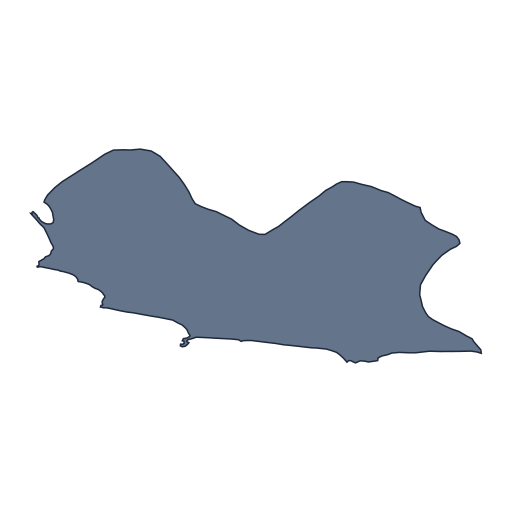 Harper, Maryland, Liberia (orthographic projection)
{"feature_id": "62588387B65193305891299", "entity_name": "Harper", "entity_type": "district", "adm_level": 2, "iso_a3": "LBR", "parent_name": "Liberia", "parent_adm1": "Maryland", "projection": "orthographic", "projection_center": [-7.714, 4.427], "detail": "fine", "context": "isolated", "style": "filled", "palette": "slate", "viewbox_px": 512, "rotation_deg": 0, "n_neighbors": 0, "source": "geoboundaries", "source_scale": "gbopen_adm2", "svg_char_len": 3492}
<svg xmlns="http://www.w3.org/2000/svg" viewBox="0 0 512 512"><path d="M32.0,212.4L32.1,213.5L30.7,213.4L32.1,215.0L34.9,218.0L37.3,220.7L40.4,224.3L43.9,227.6L47.0,233.8L49.1,238.3L50.8,242.3L53.3,246.7L53.3,249.0L51.4,250.9L50.6,253.8L49.1,255.5L45.4,256.9L44.6,257.9L44.2,258.5L43.4,259.2L42.4,259.4L41.5,260.2L41.0,260.4L40.4,260.7L39.8,261.0L38.9,261.5L38.9,263.0L39.0,264.1L39.0,265.0L38.5,265.5L38.0,265.8L37.1,266.2L37.1,266.9L37.9,267.2L38.7,266.9L39.4,266.8L40.4,266.8L41.8,266.8L43.5,267.3L49.4,268.4L54.7,269.6L57.7,270.0L60.6,271.2L63.0,271.5L68.0,272.9L69.4,273.2L70.4,273.8L72.4,274.4L74.7,275.8L76.1,277.0L77.2,278.6L77.9,279.6L77.9,280.5L77.9,281.1L78.5,281.6L80.2,281.8L83.5,282.5L85.4,283.1L87.8,283.9L89.7,284.8L90.6,285.4L92.3,286.8L93.7,287.5L94.7,288.2L97.0,289.0L98.8,289.8L100.8,291.3L102.7,293.0L103.3,294.2L104.7,295.8L104.7,297.4L103.3,299.1L102.9,300.4L102.4,300.9L102.1,302.0L102.3,303.3L102.7,304.1L102.7,304.9L101.9,305.2L101.0,305.4L100.4,307.0L103.5,307.8L106.3,307.8L110.0,308.5L120.4,310.8L126.8,312.0L128.0,312.2L133.4,312.8L141.8,314.4L152.5,316.3L157.0,317.0L159.9,317.5L172.8,320.1L177.2,322.6L182.2,325.0L185.7,328.2L186.9,329.6L188.5,333.2L190.0,335.5L189.9,336.1L188.9,337.0L186.6,338.1L183.4,338.6L182.3,340.8L183.9,341.1L184.2,343.2L182.7,344.3L180.6,344.1L180.3,345.8L182.2,346.8L185.3,346.2L187.5,344.4L188.9,342.7L186.9,341.6L186.9,340.5L188.1,339.7L191.9,338.7L194.8,337.7L196.3,337.2L198.3,337.3L203.1,337.5L209.5,337.8L213.8,338.1L231.0,339.0L234.3,339.3L238.4,339.7L240.6,341.0L241.2,341.4L243.1,340.7L247.0,340.5L251.4,340.5L257.9,341.3L265.9,342.3L275.4,343.4L283.7,344.8L286.3,345.0L288.4,345.2L298.5,346.3L311.4,347.8L313.3,347.9L316.4,348.0L326.6,349.1L331.8,350.7L336.4,352.3L339.6,354.6L343.4,358.1L347.0,362.2L348.6,360.6L350.9,360.7L353.0,361.8L354.9,362.6L355.5,362.9L360.3,360.8L365.0,361.2L368.4,362.0L373.9,361.2L377.7,360.6L378.1,357.9L379.5,357.2L382.1,355.9L387.2,354.8L392.1,353.0L399.5,352.4L409.1,352.8L412.8,352.8L415.5,352.8L429.4,351.2L440.3,351.5L458.2,351.4L470.9,351.1L476.6,351.9L481.3,353.3L480.8,349.8L473.8,341.7L472.1,338.8L466.6,336.0L459.0,331.5L451.4,328.9L443.8,325.5L432.8,319.7L428.3,316.5L426.8,314.4L425.3,312.1L422.5,306.5L421.2,300.7L419.7,294.8L419.9,291.8L420.5,284.8L425.7,275.4L433.0,264.7L435.1,262.3L441.7,255.4L450.3,249.3L456.4,246.4L459.9,243.4L459.1,240.0L456.6,236.5L452.1,234.1L444.9,231.2L439.0,229.1L431.8,224.8L427.9,222.2L425.2,220.3L421.1,212.3L420.1,207.5L415.4,206.2L407.0,202.3L401.3,199.5L394.3,195.7L392.7,194.9L388.3,192.6L381.2,190.6L371.5,186.6L361.5,184.3L353.7,182.1L347.2,181.7L341.7,181.7L336.4,184.1L332.2,186.9L327.4,189.5L325.6,190.5L319.3,195.8L314.4,199.2L309.3,202.7L298.5,210.8L290.8,217.0L285.0,221.4L278.5,226.5L272.9,229.6L267.8,232.7L265.0,234.4L260.1,234.3L259.1,234.3L248.6,230.3L238.8,224.7L237.9,223.9L231.6,219.1L224.5,215.7L216.2,211.6L208.3,209.3L204.1,207.7L201.7,206.8L195.2,203.7L192.1,198.8L189.0,192.1L184.5,184.7L179.0,177.1L173.0,170.5L168.3,165.2L160.1,156.3L151.2,151.0L140.3,149.1L130.2,150.0L129.6,150.0L123.5,149.8L116.9,150.0L113.4,150.1L104.8,154.2L90.8,163.6L80.0,170.3L62.3,181.6L54.7,187.7L47.6,195.0L45.6,198.3L44.8,199.7L44.0,202.1L47.5,204.5L49.7,207.1L50.9,209.2L52.5,212.5L52.9,215.4L53.1,216.3L53.7,219.5L53.3,222.1L53.0,222.7L50.8,223.9L47.6,224.0L45.2,223.5L41.7,221.6L40.7,220.6L39.4,219.2L39.0,218.0L38.0,217.7L36.9,215.3L36.4,214.8L35.3,213.7L33.0,211.6L32.0,212.4Z" fill="#64748b" stroke="#1e293b" stroke-width="1.5"/></svg>